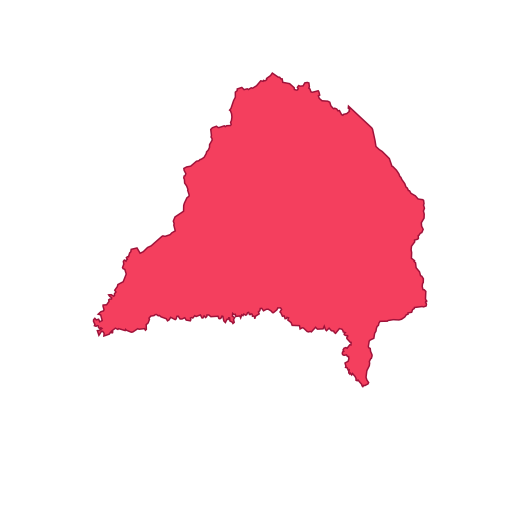 Dom Pedrito, Rio Grande do Sul, Brazil (Equal Earth projection), rotated 157°
{"feature_id": "56859067B88421648496139", "entity_name": "Dom Pedrito", "entity_type": "district", "adm_level": 2, "iso_a3": "BRA", "parent_name": "Brazil", "parent_adm1": "Rio Grande do Sul", "projection": "equal_earth", "projection_center": [-54.6, -31.019], "detail": "fine", "context": "isolated", "style": "filled", "palette": "rose", "viewbox_px": 512, "rotation_deg": 157, "n_neighbors": 0, "source": "geoboundaries", "source_scale": "gbopen_adm2", "svg_char_len": 6128}
<svg xmlns="http://www.w3.org/2000/svg" viewBox="0 0 512 512"><g transform="rotate(157 256 256)"><path d="M427.3,241.8L421.6,241.4L420.1,242.4L418.1,241.4L417.5,242.1L418.5,243.2L413.7,244.5L411.8,242.4L410.8,242.8L405.6,238.5L404.7,239.4L404.3,238.3L400.6,234.6L399.1,234.2L393.2,235.3L392.3,234.3L387.0,232.7L386.8,230.9L385.6,231.3L383.9,235.7L381.5,236.5L378.9,239.2L378.8,240.6L376.3,241.8L373.2,241.0L371.7,241.4L370.4,241.0L369.4,239.2L368.2,239.0L367.2,237.1L363.1,233.3L362.8,230.9L361.1,231.1L358.5,232.9L355.2,229.0L354.1,229.3L352.3,231.4L351.1,231.0L350.5,227.7L348.7,226.9L345.7,227.0L345.3,224.3L341.8,222.0L340.9,222.8L340.6,224.5L339.4,224.5L338.4,223.6L335.7,225.0L334.8,223.7L330.2,223.5L329.9,220.1L329.1,219.7L327.2,221.1L326.4,219.0L324.9,219.6L324.3,220.8L322.5,220.2L321.3,217.8L314.5,215.4L314.6,213.0L313.8,212.3L312.5,212.5L310.8,214.0L310.1,213.4L311.0,208.8L310.2,206.7L307.4,209.1L306.4,208.5L305.3,209.8L304.5,209.4L305.4,206.4L303.7,204.3L303.6,202.9L302.0,203.4L301.5,206.2L299.7,207.7L301.3,209.8L299.9,212.3L299.0,210.7L297.8,210.4L298.2,208.3L294.3,207.1L294.3,205.0L292.1,207.4L291.3,206.2L290.0,207.3L288.5,205.5L287.4,205.7L286.0,207.1L284.8,207.0L284.9,204.7L283.9,204.3L283.2,204.8L282.3,203.9L282.8,201.9L281.7,201.7L281.1,200.8L281.7,198.7L279.9,200.8L275.7,201.5L275.6,203.6L273.8,204.2L272.6,206.0L271.2,205.6L270.5,202.6L267.4,202.9L265.6,202.3L263.7,199.7L262.9,197.4L262.1,197.0L257.8,198.3L256.2,199.7L253.7,198.7L253.3,196.9L255.8,195.1L255.3,193.9L255.2,190.2L253.6,189.9L253.7,186.9L252.4,186.6L251.5,187.4L250.2,186.4L251.7,184.6L249.7,181.0L249.8,178.0L243.2,174.9L243.9,171.6L241.5,171.9L240.4,171.1L238.4,166.5L237.3,165.6L235.5,165.4L234.7,164.5L229.0,167.1L228.1,164.7L222.7,162.7L220.6,164.7L220.8,161.1L220.3,159.7L216.9,161.0L215.8,157.8L213.7,156.4L213.8,155.0L213.0,153.7L207.6,156.6L205.5,155.0L205.1,153.3L205.4,152.1L203.8,150.6L204.9,150.2L205.5,149.3L204.8,148.0L202.8,146.9L203.2,145.8L204.1,145.7L204.6,144.5L203.0,139.8L202.2,139.3L203.4,137.0L204.4,137.6L208.2,135.5L209.0,136.6L211.0,136.7L212.6,135.5L212.5,133.9L213.7,133.9L214.6,132.8L214.8,131.4L213.8,130.2L211.3,129.6L211.1,127.8L210.1,127.3L210.6,125.3L212.3,123.1L215.9,122.7L216.3,119.4L217.1,118.5L215.8,117.5L215.7,114.5L214.9,114.6L216.3,112.2L215.8,110.7L215.0,111.3L214.4,109.1L213.1,110.1L211.9,106.4L211.8,104.0L212.5,102.6L211.6,101.6L210.6,102.0L208.9,96.6L209.1,95.1L208.7,94.0L207.5,94.8L206.4,94.2L202.9,94.5L201.8,95.5L202.4,98.7L202.1,101.4L198.8,107.1L194.6,110.7L193.3,112.9L192.9,114.6L190.6,116.6L189.8,116.7L188.2,118.7L187.8,119.8L187.8,123.4L187.0,126.3L188.1,127.6L187.9,128.9L185.1,133.4L183.9,134.0L179.7,134.2L177.0,138.5L174.9,140.0L173.5,142.3L172.0,143.9L170.4,144.3L169.2,146.1L167.4,147.4L160.6,144.7L159.6,145.0L154.6,143.8L149.4,141.3L146.7,140.9L142.9,141.7L140.6,143.2L138.8,143.0L138.3,144.2L134.7,143.4L132.8,145.5L130.9,145.8L130.3,146.7L122.9,144.6L121.6,143.7L119.0,143.5L118.1,144.6L117.8,145.8L118.2,146.7L117.7,147.6L116.7,147.4L116.4,148.4L116.9,149.3L116.7,150.4L113.5,157.1L114.4,159.3L115.4,159.8L114.9,163.0L113.5,165.5L112.4,166.2L110.8,169.7L111.3,172.6L112.2,173.6L111.7,177.6L113.2,182.7L111.8,187.4L112.6,189.2L111.9,189.8L113.8,193.2L111.4,198.3L110.8,201.1L109.0,204.3L104.4,207.0L103.9,208.7L100.6,208.3L99.6,208.8L98.7,211.4L97.6,211.5L96.1,212.7L94.2,212.8L91.7,215.2L91.9,218.8L90.8,222.0L86.5,225.2L84.8,228.9L84.3,232.0L82.3,234.1L81.9,237.4L80.9,238.5L80.0,241.7L80.5,242.7L84.5,245.1L85.8,249.1L88.9,253.2L89.2,256.0L90.1,256.7L90.2,259.5L91.0,260.9L90.8,264.5L91.9,269.5L91.9,271.8L92.5,273.0L92.4,275.8L93.2,280.1L95.1,284.9L95.8,285.5L95.2,293.6L99.0,302.9L101.0,305.9L102.8,309.9L101.3,316.0L99.2,327.1L99.4,328.7L112.3,357.8L113.3,356.0L112.2,354.7L113.3,353.9L113.5,352.7L116.8,351.6L120.2,352.2L121.1,351.6L122.0,352.7L122.4,357.3L123.8,357.6L124.3,359.8L125.8,361.3L126.8,361.1L127.5,362.2L128.4,365.1L128.0,368.7L129.5,370.5L134.6,373.1L136.2,376.4L136.0,379.1L134.5,379.2L134.0,382.3L134.2,383.8L140.3,384.7L141.3,385.7L141.1,388.6L141.8,390.0L140.8,390.8L139.7,394.6L140.9,395.7L143.4,396.3L146.2,394.2L149.1,395.1L150.1,396.2L152.0,395.1L151.7,393.6L152.8,392.7L154.0,392.9L155.6,394.3L155.1,396.0L157.7,401.5L163.5,405.4L162.7,408.8L163.8,409.3L164.4,411.3L165.7,412.0L169.5,418.0L172.1,416.4L176.9,415.3L177.2,414.2L178.6,413.8L179.5,413.8L180.4,414.7L181.2,414.0L183.2,415.4L189.0,412.5L193.6,411.8L194.7,412.7L197.9,412.2L198.7,413.3L202.0,413.8L203.2,416.7L208.0,417.1L208.7,415.6L211.0,414.9L213.0,410.2L215.9,407.8L221.4,401.6L223.3,400.6L222.8,399.7L222.9,396.5L223.9,393.3L225.6,390.4L227.2,388.9L227.4,386.8L228.5,386.1L232.1,387.4L233.8,387.1L234.3,388.2L240.0,388.7L240.9,389.3L241.7,390.9L246.0,391.1L248.2,390.2L249.9,384.4L250.9,383.1L250.6,381.4L251.1,379.8L255.2,376.7L256.4,374.1L258.5,372.2L260.9,371.1L261.6,369.9L265.2,367.1L268.8,366.4L269.6,366.7L271.5,366.0L273.8,366.5L281.0,364.2L285.1,365.1L288.2,364.8L288.7,362.9L288.4,359.2L289.9,357.6L290.9,357.7L292.0,356.1L292.0,354.4L293.2,351.0L292.5,347.6L292.6,344.0L293.2,343.2L293.7,338.1L294.6,337.1L296.8,336.6L301.2,332.7L302.8,330.8L305.2,325.5L315.3,323.6L318.5,320.4L318.7,317.8L319.6,316.5L320.5,310.7L324.5,310.2L326.7,309.2L332.0,309.6L333.9,310.9L335.0,310.8L348.6,306.3L352.5,306.2L358.1,304.0L361.6,303.8L362.4,309.9L368.3,310.9L369.6,308.8L371.1,308.2L373.7,305.1L374.6,305.6L376.0,305.1L375.7,303.2L377.1,302.9L377.7,302.1L378.8,303.7L380.2,302.9L380.9,300.2L383.4,297.5L383.3,296.3L382.0,294.9L382.5,290.1L388.3,284.2L394.3,283.7L395.6,282.0L399.4,279.7L399.0,277.6L401.1,276.5L401.7,274.9L402.7,274.6L404.4,277.0L406.8,277.8L406.5,276.1L405.2,274.0L405.8,272.9L407.6,273.5L408.7,273.2L409.1,271.6L412.6,269.5L415.9,270.6L416.4,269.7L416.9,266.0L417.8,265.1L420.6,265.3L424.0,264.1L422.0,262.5L422.8,256.7L425.5,256.5L425.6,259.3L428.0,259.6L428.7,261.6L430.4,260.8L431.1,259.4L431.0,256.0L432.0,255.0L430.7,253.8L429.3,254.0L428.5,253.2L428.9,251.7L428.3,250.4L426.9,250.6L426.1,249.5L429.2,248.7L431.2,249.3L431.6,244.4L427.6,247.1L426.5,246.4L426.0,244.2L427.3,241.8Z" fill="#f43f5e" stroke="#9f1239" stroke-width="1.5"/></g></svg>